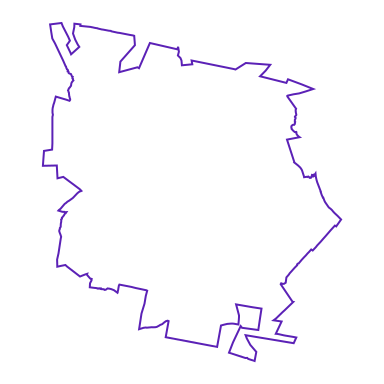 outline of San Felipe del Progreso, México, Mexico
{"feature_id": "50627088B26208541909776", "entity_name": "San Felipe del Progreso", "entity_type": "district", "adm_level": 2, "iso_a3": "MEX", "parent_name": "Mexico", "parent_adm1": "México", "projection": "mercator", "projection_center": [-99.99, 19.649], "detail": "fine", "context": "isolated", "style": "outline", "palette": "violet", "viewbox_px": 384, "rotation_deg": 0, "n_neighbors": 0, "source": "geoboundaries", "source_scale": "gbopen_adm2", "svg_char_len": 5638}
<svg xmlns="http://www.w3.org/2000/svg" viewBox="0 0 384 384"><path d="M293.7,343.2L296.3,337.5L293.2,336.9L285.3,335.6L283.7,335.3L279.4,334.3L277.2,333.9L275.8,333.8L281.6,321.5L273.6,320.3L276.0,318.5L282.6,312.1L284.6,310.3L293.3,301.9L292.5,301.7L280.7,284.2L281.2,283.3L282.8,283.9L284.0,283.8L285.7,282.7L286.4,277.4L289.0,274.4L289.5,273.5L294.8,267.6L297.1,265.3L297.0,265.1L297.1,264.5L297.4,264.0L297.8,263.7L298.1,263.5L298.6,263.5L301.8,259.7L304.4,256.9L305.6,255.7L306.4,254.8L307.5,253.5L309.0,252.0L311.2,249.5L312.7,250.5L315.9,247.1L317.3,245.3L320.6,241.8L323.2,238.8L325.7,236.0L330.7,230.2L333.7,226.9L334.9,225.6L336.2,226.4L341.1,219.5L337.6,215.9L334.6,213.1L333.1,211.5L332.0,210.1L330.5,208.7L329.1,207.7L328.4,206.9L325.1,202.1L324.4,200.7L323.3,197.7L323.0,197.8L321.7,194.9L320.6,191.7L320.8,191.6L317.2,182.2L316.5,179.8L315.8,176.5L315.5,173.5L314.7,174.7L314.1,174.5L312.7,175.1L312.0,174.9L311.9,175.2L312.4,175.7L313.3,175.6L313.6,175.8L313.7,176.3L313.3,176.5L312.8,176.5L312.5,176.3L311.9,176.4L311.3,176.7L311.1,177.0L311.2,177.4L310.9,177.8L309.9,177.9L309.3,177.5L308.9,176.9L308.2,176.5L307.3,177.0L306.8,176.8L305.4,177.0L304.1,177.2L304.0,176.5L302.1,170.6L301.6,169.5L300.3,167.6L298.1,165.5L295.6,163.5L294.3,162.5L294.4,162.4L287.0,139.6L299.6,137.2L298.9,136.7L297.8,135.7L296.9,134.6L296.6,134.0L296.4,133.6L296.4,133.0L296.4,132.6L296.4,132.1L296.2,131.9L295.1,132.1L294.7,132.0L293.2,130.7L292.3,129.7L292.1,129.5L291.7,129.0L291.8,128.9L291.3,127.2L291.4,126.2L291.7,125.8L291.8,125.8L292.1,125.4L292.8,124.9L293.4,124.7L293.8,124.8L294.2,124.8L294.6,124.3L294.8,124.0L294.9,123.4L295.1,122.6L294.9,122.1L295.0,121.9L294.8,121.8L294.9,120.6L294.8,120.0L295.3,118.9L295.5,118.7L295.6,118.2L295.6,117.9L295.5,117.6L295.4,117.5L295.3,117.4L295.1,117.2L294.9,117.0L294.9,116.6L296.2,115.2L296.3,114.7L295.7,111.8L295.8,111.6L295.6,109.9L295.8,109.6L296.1,108.7L295.9,108.5L287.3,96.4L287.3,95.8L287.7,95.6L293.5,94.3L299.2,93.4L305.5,91.5L313.2,89.0L302.0,84.5L288.0,79.3L286.4,82.9L260.1,76.3L265.7,70.6L270.2,64.8L245.8,63.0L235.5,69.5L234.1,69.1L191.6,60.5L192.3,64.3L181.9,65.3L181.5,60.6L180.5,58.1L177.9,55.5L178.9,51.7L178.1,46.8L177.3,49.3L149.9,43.0L139.0,68.2L137.4,67.3L131.8,68.8L119.2,72.2L120.4,61.6L134.9,45.2L134.8,43.4L134.2,35.8L132.8,35.4L131.6,35.2L129.8,34.9L119.5,32.9L117.7,32.7L111.3,31.3L110.9,30.9L108.8,30.7L102.5,29.5L102.0,29.5L97.8,28.5L97.6,28.3L96.9,28.2L95.0,27.9L91.9,27.2L91.5,27.2L91.0,27.0L90.4,26.9L80.3,25.9L80.5,24.4L74.4,23.7L74.3,27.1L73.0,33.5L75.2,39.6L77.6,44.3L78.0,45.0L79.3,46.9L71.1,54.3L70.5,52.8L66.8,45.1L68.9,42.2L69.9,40.7L68.2,36.8L62.8,26.3L61.5,23.0L50.1,24.4L51.3,32.4L52.3,38.5L55.0,43.4L63.2,60.7L65.6,66.2L66.0,66.5L66.3,67.9L66.6,68.4L67.0,69.4L67.4,69.5L67.5,69.6L67.8,69.9L67.9,70.4L68.0,70.6L68.0,70.8L67.9,70.8L67.7,71.4L68.0,71.5L68.1,71.3L68.3,71.3L68.5,71.6L68.4,71.9L68.5,72.1L68.6,72.9L69.0,73.3L69.6,73.5L69.9,73.7L71.0,74.1L72.0,76.6L72.7,76.8L72.4,78.3L73.0,78.9L72.9,79.5L73.4,80.5L72.6,81.2L72.4,81.6L72.2,81.9L71.9,82.1L71.4,83.2L71.2,84.3L71.1,85.3L71.0,85.8L70.7,86.2L70.3,86.6L70.1,87.1L69.4,87.9L68.9,88.3L68.7,88.7L68.6,89.3L68.1,90.2L68.0,90.5L68.5,91.3L68.6,92.2L68.9,92.6L69.0,93.3L69.0,93.8L69.0,94.1L69.2,95.3L69.2,96.0L69.3,96.2L69.5,96.7L69.6,97.1L69.6,97.5L69.8,98.1L70.2,99.2L70.1,100.0L69.9,100.3L69.5,100.8L66.3,99.7L62.9,98.7L55.8,96.6L54.2,102.6L53.4,104.9L53.1,106.4L52.7,107.9L52.5,109.7L52.5,112.8L52.9,114.8L52.4,116.9L52.4,143.5L52.1,149.6L44.0,150.9L42.9,165.8L56.8,165.5L57.5,178.3L63.3,176.9L79.9,189.3L81.4,190.9L80.8,191.2L80.4,191.3L79.7,191.5L78.6,192.2L77.2,193.4L73.8,197.0L72.7,198.1L69.1,200.7L67.4,201.7L66.1,202.9L64.8,203.8L64.4,204.2L60.6,208.7L59.5,209.6L58.9,210.0L58.4,210.6L62.3,211.8L63.0,211.8L63.7,211.9L64.2,211.8L65.2,212.2L66.4,212.1L65.6,213.3L64.9,213.6L63.9,215.4L62.7,216.9L61.9,217.7L62.0,218.7L61.6,219.0L61.1,219.6L61.3,220.5L61.2,221.5L61.2,221.9L60.8,223.8L60.7,225.8L60.7,226.8L59.9,227.9L59.8,228.3L59.9,228.8L59.4,230.0L59.2,231.0L59.7,232.7L60.5,234.7L60.9,236.0L61.1,236.4L61.1,237.1L60.9,237.9L60.7,238.9L58.5,253.4L57.1,259.6L57.3,266.7L60.9,265.9L65.4,265.0L67.0,266.5L68.3,267.5L80.0,276.5L85.6,274.3L87.2,273.8L87.0,274.4L87.2,275.1L90.1,278.4L90.9,279.0L91.3,278.8L91.6,278.9L91.5,279.2L91.6,279.3L91.6,280.1L91.2,281.1L91.0,281.3L90.6,282.2L90.1,283.1L90.0,283.6L89.8,287.3L94.5,287.9L95.7,288.0L97.1,288.2L97.3,288.5L98.1,288.7L98.5,288.4L99.0,288.3L99.9,288.3L100.2,288.4L100.3,288.5L100.6,288.8L101.0,288.5L101.2,288.8L101.0,289.0L101.8,289.2L102.3,289.2L102.8,289.1L103.2,289.2L103.5,289.4L103.9,289.3L104.3,289.5L104.7,289.9L105.3,289.8L105.7,289.7L106.1,289.5L107.3,288.6L107.7,288.4L108.5,288.6L109.1,288.6L110.3,288.9L111.2,289.1L114.0,290.2L115.6,291.4L116.3,291.9L117.5,292.8L117.6,292.6L117.7,292.4L117.8,291.2L118.2,289.8L118.3,288.8L118.9,285.5L119.4,284.6L131.3,286.9L135.6,288.0L140.9,289.1L146.5,290.3L147.2,290.7L145.8,295.9L144.5,303.7L141.5,313.5L139.1,329.2L143.6,327.8L145.9,327.5L146.7,327.7L151.9,327.2L152.9,327.3L155.4,327.2L156.8,326.9L158.1,326.2L158.7,325.9L160.4,324.8L161.1,324.6L162.3,324.1L164.0,322.6L165.1,321.8L165.7,321.3L167.2,320.8L167.7,320.7L168.6,321.1L165.7,337.2L217.1,346.9L221.0,325.5L223.9,324.7L227.3,323.9L231.1,323.6L232.6,323.6L233.8,323.7L236.1,324.1L238.4,324.5L238.8,320.2L239.0,317.1L239.0,315.5L239.0,315.4L236.1,304.4L247.7,306.4L252.3,307.2L261.5,308.6L260.0,318.4L258.3,330.0L242.0,327.8L240.7,326.1L233.0,342.4L229.0,352.7L245.4,358.0L247.2,357.9L248.2,358.9L254.6,361.0L256.3,351.9L250.3,344.9L246.8,338.4L245.6,335.2L293.7,343.2Z" fill="none" stroke="#5b21b6" stroke-width="2"/></svg>